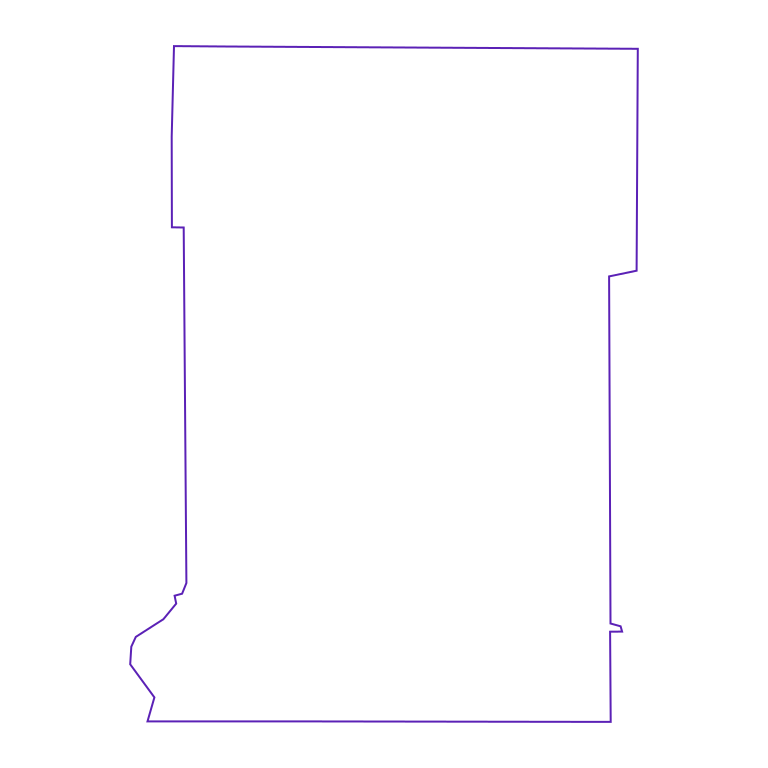 outline of Crow Wing, Minnesota, United States of America
{"feature_id": "52423323B96229669667129", "entity_name": "Crow Wing", "entity_type": "district", "adm_level": 2, "iso_a3": "USA", "parent_name": "United States of America", "parent_adm1": "Minnesota", "projection": "natural_earth1", "projection_center": [-94.145, 46.481], "detail": "fine", "context": "isolated", "style": "outline", "palette": "violet", "viewbox_px": 768, "rotation_deg": 0, "n_neighbors": 0, "source": "geoboundaries", "source_scale": "gbopen_adm2", "svg_char_len": 423}
<svg xmlns="http://www.w3.org/2000/svg" viewBox="0 0 768 768"><path d="M637.8,48.8L225.5,46.5L174.0,46.1L171.7,136.6L171.9,227.3L183.7,227.5L186.4,583.0L182.1,593.7L174.6,595.7L176.2,603.6L163.4,619.2L135.8,636.9L131.3,646.7L130.2,664.3L154.4,697.4L147.5,721.4L300.3,721.4L610.7,721.9L610.1,631.7L622.1,631.6L620.6,626.3L610.5,623.5L609.1,276.4L636.6,270.7L637.8,48.8Z" fill="none" stroke="#5b21b6" stroke-width="2"/></svg>